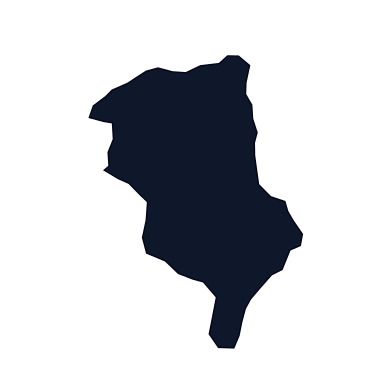 the district of Kyra, Cyprus, rotated 105°
{"feature_id": "46923920B69110697471106", "entity_name": "Kyra", "entity_type": "district", "adm_level": 2, "iso_a3": "CYP", "parent_name": "Cyprus", "parent_adm1": "", "projection": "albers", "projection_center": [33.068, 35.212], "detail": "fine", "context": "isolated", "style": "filled", "palette": "ink", "viewbox_px": 384, "rotation_deg": 105, "n_neighbors": 0, "source": "geoboundaries", "source_scale": "gbopen_adm2", "svg_char_len": 881}
<svg xmlns="http://www.w3.org/2000/svg" viewBox="0 0 384 384"><g transform="rotate(105 192 192)"><path d="M51.4,192.8L61.0,199.0L68.0,216.5L78.5,228.8L81.1,242.0L81.1,256.9L87.2,267.4L95.9,275.3L103.8,282.3L114.3,295.5L122.1,299.9L134.4,309.5L146.6,310.4L146.6,295.5L145.7,286.7L161.4,281.5L175.4,283.2L188.5,278.8L193.6,282.4L198.1,266.5L199.9,255.1L207.7,242.0L213.0,232.3L231.3,228.8L248.8,227.9L262.7,220.0L265.4,199.9L274.1,184.1L275.8,168.3L275.8,157.8L287.2,141.1L312.5,139.3L324.7,138.5L335.2,126.2L331.7,111.3L318.6,109.5L304.6,110.4L290.7,110.4L280.2,107.8L267.1,101.6L251.4,93.8L243.5,85.0L222.6,82.4L215.6,73.6L204.2,74.5L193.8,86.7L185.9,94.6L177.2,99.9L176.3,114.8L167.6,129.7L151.0,136.7L140.5,141.1L128.3,144.6L117.8,144.6L105.6,152.5L92.5,156.9L83.7,165.7L72.4,168.3L54.9,169.2L48.8,182.3L51.4,192.8Z" fill="#0f172a" stroke="#020617" stroke-width="1.5"/></g></svg>